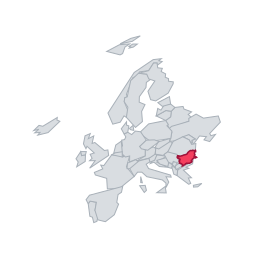 Bulgaria highlighted on a map of Europe, rotated 337°
{"feature_id": "BGR", "entity_name": "Bulgaria", "entity_type": "country or territory", "adm_level": 0, "iso_a3": "BGR", "parent_name": "Europe", "parent_adm1": "", "projection": "robinson", "projection_center": [24.961, 42.741], "detail": "fine", "context": "in_parent", "style": "filled", "palette": "rose", "viewbox_px": 256, "rotation_deg": 337, "n_neighbors": 37, "source": "natural_earth", "source_scale": "50m", "svg_char_len": 9219}
<svg xmlns="http://www.w3.org/2000/svg" viewBox="0 0 256 256"><g transform="rotate(337 128 128)"><path d="M138.3,49.2L152.7,48.0L162.4,51.2L156.8,52.3L152.1,57.4L149.3,57.6L138.3,49.2ZM185.4,80.2L179.2,81.8L180.1,79.5L176.9,78.2L169.4,83.3L160.6,80.8L157.0,84.1L152.2,83.5L139.7,96.4L139.5,99.0L136.8,98.9L134.8,102.3L134.7,112.9L130.7,117.6L129.1,115.3L123.1,119.6L115.5,118.5L115.4,106.4L155.4,79.3L177.9,74.9L185.7,77.2L182.6,78.1L185.4,80.2ZM175.3,48.0L165.7,49.9L153.6,47.4L165.6,46.6L175.3,48.0ZM169.4,54.4L164.4,55.6L160.4,54.9L162.0,54.2L160.7,53.2L165.3,52.6L169.4,54.4Z" fill="#d9dde1" stroke="#a8b0b8" stroke-width="1"/><path d="M102.6,146.3L118.6,154.4L111.4,163.2L114.8,175.0L96.5,180.3L85.2,176.0L88.7,166.0L79.6,158.5L79.7,155.7L88.8,155.8L88.4,151.5L91.1,153.1L102.6,146.3ZM118.4,183.2L120.7,177.7L119.8,184.0L118.4,183.2Z" fill="#d9dde1" stroke="#a8b0b8" stroke-width="1"/><path d="M130.7,117.6L136.0,108.8L134.8,102.3L136.8,98.9L139.5,99.0L149.0,85.4L159.0,81.7L166.3,85.7L167.2,92.2L162.7,93.2L160.4,97.7L150.7,103.6L148.4,108.6L152.8,113.1L147.0,118.1L143.8,127.7L135.1,130.4L130.7,117.6Z" fill="#d9dde1" stroke="#a8b0b8" stroke-width="1"/><path d="M179.2,127.4L187.1,129.7L186.9,132.4L192.8,138.0L188.7,139.0L190.3,142.7L186.7,145.6L165.7,144.7L165.6,135.8L171.6,134.4L174.4,129.5L179.2,127.4Z" fill="#d9dde1" stroke="#a8b0b8" stroke-width="1"/><path d="M201.3,167.4L206.0,168.1L197.9,172.4L193.3,168.6L196.8,166.6L190.7,163.3L181.6,168.7L182.0,164.3L185.6,164.4L181.3,157.9L169.7,159.3L161.2,156.7L166.8,149.0L165.7,144.7L168.7,143.5L186.7,145.6L187.7,142.9L196.1,141.8L201.3,148.4L215.8,152.2L215.3,158.7L201.0,165.0L201.3,167.4Z" fill="#d9dde1" stroke="#a8b0b8" stroke-width="1"/><path d="M165.6,135.8L166.5,140.5L164.7,141.2L167.2,148.0L163.3,154.4L143.4,149.0L137.7,139.4L138.1,136.4L148.6,132.3L165.6,135.8Z" fill="#d9dde1" stroke="#a8b0b8" stroke-width="1"/><path d="M145.5,157.8L142.3,163.4L138.0,164.4L122.2,161.8L132.9,160.4L135.3,154.9L144.1,155.3L145.5,157.8Z" fill="#d9dde1" stroke="#a8b0b8" stroke-width="1"/><path d="M161.2,156.7L163.1,158.8L157.7,164.8L149.7,167.0L142.9,162.7L145.5,157.8L161.2,156.7Z" fill="#d9dde1" stroke="#a8b0b8" stroke-width="1"/><path d="M175.0,157.5L181.3,157.9L185.6,164.4L182.0,164.3L180.2,168.0L179.7,162.9L175.0,157.5Z" fill="#d9dde1" stroke="#a8b0b8" stroke-width="1"/><path d="M180.2,168.0L184.4,168.8L181.3,174.9L163.6,174.5L155.2,165.5L164.4,158.0L175.0,157.5L179.7,162.9L180.2,168.0Z" fill="#d9dde1" stroke="#a8b0b8" stroke-width="1"/><path d="M174.4,129.5L171.6,134.4L165.6,135.8L158.7,127.9L169.7,126.7L174.4,129.5Z" fill="#d9dde1" stroke="#a8b0b8" stroke-width="1"/><path d="M176.6,122.6L179.2,127.4L174.4,129.5L169.7,126.7L158.7,127.9L163.0,121.6L165.3,124.4L170.5,120.8L176.6,122.6Z" fill="#d9dde1" stroke="#a8b0b8" stroke-width="1"/><path d="M178.4,115.3L176.6,122.6L168.1,121.5L165.4,116.3L178.4,115.3Z" fill="#d9dde1" stroke="#a8b0b8" stroke-width="1"/><path d="M138.1,136.4L140.1,146.4L131.5,149.6L135.3,154.9L132.9,160.4L116.2,159.8L118.6,154.4L114.3,153.7L112.7,150.1L113.3,143.6L116.0,142.2L117.4,136.7L120.3,137.3L122.5,135.4L122.1,131.9L126.1,131.8L128.8,135.5L133.6,133.7L138.1,136.4Z" fill="#d9dde1" stroke="#a8b0b8" stroke-width="1"/><path d="M174.3,207.9L169.2,209.4L165.2,208.0L165.8,206.3L174.3,207.9ZM157.3,186.1L175.2,183.3L173.5,186.2L166.0,186.7L168.2,188.9L162.5,188.4L167.0,198.6L164.0,197.6L164.1,203.5L161.9,203.5L154.5,190.9L157.3,186.1Z" fill="#d9dde1" stroke="#a8b0b8" stroke-width="1"/><path d="M157.3,186.1L154.5,190.9L152.1,188.4L153.4,178.9L157.3,186.1Z" fill="#d9dde1" stroke="#a8b0b8" stroke-width="1"/><path d="M144.0,164.1L152.6,169.0L141.1,170.6L149.3,179.7L141.8,175.7L138.5,169.6L134.6,169.4L144.0,164.1Z" fill="#d9dde1" stroke="#a8b0b8" stroke-width="1"/><path d="M122.7,160.2L124.8,164.2L114.9,166.9L111.2,165.0L113.9,160.1L122.7,160.2Z" fill="#d9dde1" stroke="#a8b0b8" stroke-width="1"/><path d="M111.9,150.3L112.9,152.7L111.4,152.4L111.9,150.3Z" fill="#d9dde1" stroke="#a8b0b8" stroke-width="1"/><path d="M113.4,147.6L111.4,152.4L102.6,146.3L110.1,145.0L113.4,147.6Z" fill="#d9dde1" stroke="#a8b0b8" stroke-width="1"/><path d="M116.7,137.5L113.4,147.6L105.1,145.5L110.1,138.9L116.7,137.5Z" fill="#d9dde1" stroke="#a8b0b8" stroke-width="1"/><path d="M61.8,182.1L64.5,180.5L69.9,184.0L65.4,190.9L66.2,197.0L62.9,201.8L59.5,201.7L60.4,196.2L58.4,194.4L61.8,182.1Z" fill="#d9dde1" stroke="#a8b0b8" stroke-width="1"/><path d="M64.4,200.8L65.4,190.9L69.9,184.0L64.5,180.5L61.8,182.1L61.4,177.6L66.3,174.8L100.3,179.7L96.9,184.6L92.8,185.4L88.6,192.1L89.6,194.4L81.5,202.5L70.6,205.4L64.4,200.8Z" fill="#d9dde1" stroke="#a8b0b8" stroke-width="1"/><path d="M78.4,136.0L75.5,142.1L65.6,143.7L68.9,139.8L68.1,136.0L75.3,131.2L74.5,135.3L78.4,136.0Z" fill="#d9dde1" stroke="#a8b0b8" stroke-width="1"/><path d="M125.1,162.6L135.4,164.1L135.6,167.6L130.6,168.4L131.1,173.4L148.8,188.0L148.5,190.1L144.0,187.7L144.4,193.7L139.8,197.6L141.4,193.5L139.3,189.2L126.3,180.2L123.5,174.1L119.5,172.4L114.8,175.0L113.7,166.1L125.1,162.6ZM129.2,198.8L139.4,196.4L137.8,202.7L129.2,198.8ZM116.2,185.7L121.4,187.5L120.6,192.6L117.8,193.7L116.2,185.7Z" fill="#d9dde1" stroke="#a8b0b8" stroke-width="1"/><path d="M126.1,131.8L122.1,131.9L121.5,126.1L129.1,121.7L127.8,124.8L129.6,126.4L126.1,131.8ZM133.6,127.6L132.4,132.5L129.5,130.4L129.3,128.9L133.6,127.6Z" fill="#d9dde1" stroke="#a8b0b8" stroke-width="1"/><path d="M78.4,136.0L74.5,135.3L75.3,131.2L80.4,133.4L78.4,136.0ZM87.2,137.8L83.1,128.8L81.2,130.6L80.8,125.2L85.4,118.4L91.1,118.4L87.3,122.3L93.4,121.9L88.9,128.2L91.8,128.4L97.5,139.5L100.9,140.3L99.5,145.7L77.0,150.0L85.0,145.2L79.8,143.1L83.1,141.9L82.9,137.4L87.2,137.8Z" fill="#d9dde1" stroke="#a8b0b8" stroke-width="1"/><path d="M67.0,90.7L65.7,92.9L67.9,95.2L52.6,101.0L42.1,99.3L45.3,97.7L40.2,96.0L45.4,94.3L40.2,93.5L47.1,90.8L50.2,93.1L67.0,90.7Z" fill="#d9dde1" stroke="#a8b0b8" stroke-width="1"/><path d="M135.4,164.1L142.9,162.7L144.0,164.1L139.9,168.1L134.9,168.0L135.4,164.1Z" fill="#d9dde1" stroke="#a8b0b8" stroke-width="1"/><path d="M180.1,79.5L178.9,84.2L182.9,86.5L180.6,89.0L183.8,92.9L182.1,95.8L184.6,98.4L183.6,100.8L187.7,103.2L186.8,105.0L178.6,111.6L164.1,113.9L159.9,110.8L160.7,102.0L171.1,95.2L166.3,90.9L166.3,85.7L159.0,81.7L169.4,83.3L176.9,78.2L180.1,79.5Z" fill="#d9dde1" stroke="#a8b0b8" stroke-width="1"/><path d="M162.6,154.1L160.5,157.1L148.1,159.3L145.2,156.5L150.5,152.6L162.6,154.1Z" fill="#d9dde1" stroke="#a8b0b8" stroke-width="1"/><path d="M140.1,146.4L147.6,149.2L151.4,152.6L137.5,156.2L132.2,152.4L131.5,149.6L140.1,146.4Z" fill="#d9dde1" stroke="#a8b0b8" stroke-width="1"/><path d="M149.7,179.1L143.2,173.6L141.9,169.0L152.5,170.4L152.6,175.5L149.7,179.1Z" fill="#d9dde1" stroke="#a8b0b8" stroke-width="1"/><path d="M161.8,180.3L163.5,184.2L156.0,185.2L156.6,181.4L161.8,180.3Z" fill="#d9dde1" stroke="#a8b0b8" stroke-width="1"/><path d="M150.9,166.4L155.2,165.5L162.9,171.5L162.3,179.8L159.2,180.6L156.9,176.6L155.1,178.4L151.9,175.6L150.9,166.4Z" fill="#d9dde1" stroke="#a8b0b8" stroke-width="1"/><path d="M154.5,179.3L152.2,182.1L149.3,179.7L151.9,175.6L154.5,179.3Z" fill="#d9dde1" stroke="#a8b0b8" stroke-width="1"/><path d="M156.1,182.2L154.5,179.3L156.3,176.8L159.9,178.9L156.1,182.2Z" fill="#d9dde1" stroke="#a8b0b8" stroke-width="1"/><path d="M179.7,181.7L179.2,181.6L179.0,181.8L178.8,181.7L178.5,181.7L178.3,181.9L178.1,181.9L177.6,181.5L177.4,181.3L177.2,181.2L177.1,181.3L176.5,181.4L176.3,181.5L176.1,181.6L175.8,181.7L175.4,181.7L175.2,181.7L175.1,181.8L175.0,182.0L174.9,182.2L174.9,182.3L174.4,182.4L174.3,182.5L173.9,182.6L173.6,182.7L173.5,182.9L173.5,183.0L173.7,183.5L173.8,183.8L173.7,184.0L173.0,184.3L172.6,184.2L172.4,184.3L172.1,184.3L171.8,184.3L171.3,184.5L170.9,184.5L170.5,184.3L170.1,184.1L169.6,184.0L169.4,184.0L169.0,183.9L168.8,183.8L168.7,183.7L168.5,183.3L168.4,183.3L168.1,183.5L167.8,183.4L167.6,183.4L167.1,183.4L167.0,183.7L166.9,183.7L166.5,183.7L166.1,183.9L165.7,184.0L165.4,184.0L165.1,183.9L164.9,184.0L164.5,184.0L164.2,184.2L163.8,184.2L163.4,184.2L163.5,184.1L163.6,183.1L163.7,182.7L163.4,182.2L163.2,181.6L162.7,181.4L162.4,181.2L162.1,181.0L161.7,180.4L161.9,180.3L162.0,180.2L162.2,179.9L162.3,179.7L162.2,179.6L162.0,179.1L162.0,178.8L162.1,178.7L162.1,178.3L162.2,178.2L162.4,178.2L162.8,178.1L163.1,177.7L163.3,177.6L163.5,177.4L163.7,177.1L163.3,176.7L163.2,176.5L163.0,176.3L162.8,176.2L162.4,175.9L162.2,175.7L162.1,175.3L162.0,175.1L161.9,174.9L161.8,174.6L161.8,174.3L161.9,173.9L162.0,173.8L162.1,173.7L162.5,173.5L162.6,173.2L162.8,172.9L163.1,173.0L163.6,173.3L163.9,173.5L163.7,173.7L163.5,173.8L163.4,174.0L163.4,174.3L163.5,174.4L164.5,174.3L165.5,174.4L166.8,174.6L167.6,174.7L168.3,174.6L169.5,174.8L170.6,175.0L171.6,175.1L172.2,174.9L172.7,174.7L173.0,174.3L173.9,173.8L174.8,173.5L175.9,173.2L176.6,173.1L177.7,173.7L178.1,173.7L178.5,173.8L178.7,174.0L179.1,173.8L179.4,174.1L179.7,174.5L180.2,174.7L180.7,174.8L180.9,174.8L181.4,174.8L181.3,175.7L181.0,176.2L180.6,176.0L180.0,176.1L179.7,176.6L179.5,176.8L179.3,177.0L179.2,177.6L179.2,178.7L179.0,178.8L178.8,178.8L178.0,179.8L178.5,180.0L179.0,180.8L179.6,181.4L179.7,181.7Z" fill="#f43f5e" stroke="#9f1239" stroke-width="1.5"/></g></svg>